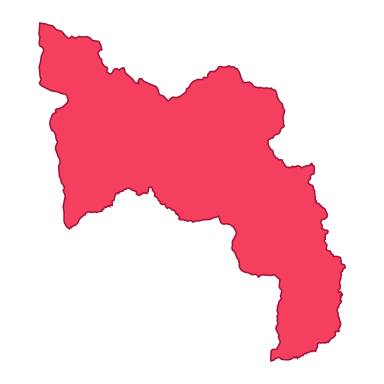 Aguadas, Caldas, Colombia
{"feature_id": "7082276B11413652619505", "entity_name": "Aguadas", "entity_type": "district", "adm_level": 2, "iso_a3": "COL", "parent_name": "Colombia", "parent_adm1": "Caldas", "projection": "mercator", "projection_center": [-75.406, 5.579], "detail": "fine", "context": "isolated", "style": "filled", "palette": "rose", "viewbox_px": 384, "rotation_deg": 0, "n_neighbors": 0, "source": "geoboundaries", "source_scale": "gbopen_adm2", "svg_char_len": 5906}
<svg xmlns="http://www.w3.org/2000/svg" viewBox="0 0 384 384"><path d="M71.7,36.2L69.6,38.1L68.0,38.2L64.1,34.3L61.8,31.3L56.5,29.8L52.7,25.8L48.1,24.9L46.3,24.1L39.7,23.0L39.3,31.5L38.8,33.8L39.9,36.9L39.1,43.8L40.0,46.1L42.1,47.2L43.2,48.7L43.7,50.7L41.3,56.2L40.4,62.6L39.2,66.2L40.1,76.6L41.2,79.5L39.4,83.1L39.9,84.3L41.9,86.0L50.8,90.6L58.2,92.0L61.6,93.7L65.2,94.0L66.7,95.4L68.2,100.3L67.1,102.9L63.2,106.5L60.5,108.1L57.1,108.8L55.4,110.0L55.9,112.2L52.5,114.3L50.3,120.3L49.8,123.4L49.9,125.0L51.6,130.2L53.8,131.3L55.7,135.5L56.0,138.6L57.3,141.5L57.3,142.6L55.6,146.8L55.5,148.9L58.2,156.6L59.6,158.9L60.1,161.2L59.8,164.2L58.8,165.2L58.6,166.6L59.5,177.0L60.8,178.9L61.3,182.6L63.7,185.8L64.3,187.5L64.3,188.4L63.1,190.4L65.3,196.0L63.2,206.5L64.1,212.9L64.0,220.1L64.3,222.6L66.8,227.0L69.3,228.9L70.2,227.9L71.0,227.9L71.3,226.7L71.9,226.9L74.1,225.5L75.4,225.2L77.3,223.5L80.3,218.1L84.3,214.9L85.2,214.8L85.5,213.6L87.1,212.2L88.5,211.9L92.5,212.5L94.3,211.8L96.4,212.5L100.1,211.3L101.4,211.4L102.5,210.5L102.3,209.6L103.4,209.1L105.0,207.0L106.7,207.3L108.0,205.8L109.8,206.7L109.8,205.5L110.5,205.1L112.4,205.4L112.1,201.1L114.0,200.3L115.0,195.9L116.1,193.4L117.2,192.8L118.1,193.7L120.5,191.5L123.1,191.0L124.1,189.5L126.1,189.4L127.0,188.3L128.3,188.2L130.1,188.7L132.7,190.5L135.5,191.1L136.8,193.0L136.3,194.0L139.0,195.6L143.7,192.8L146.9,193.5L148.2,191.7L148.8,187.6L150.0,187.2L151.9,187.9L152.4,188.5L152.5,190.3L154.7,192.9L154.8,196.3L156.3,197.0L158.0,198.9L158.2,200.1L159.8,201.3L160.2,203.0L161.8,204.6L163.1,204.1L165.0,204.2L165.6,206.3L167.2,208.3L167.6,208.3L167.9,207.5L169.3,207.6L172.2,210.0L174.5,210.3L176.3,214.2L177.7,213.7L178.1,214.2L177.9,215.3L179.6,216.8L179.5,217.9L178.7,218.6L179.8,219.6L181.7,219.9L183.0,219.2L184.1,220.2L186.7,220.6L187.5,221.3L188.4,220.8L191.5,220.6L192.7,222.1L196.6,220.8L198.8,221.0L203.4,219.8L210.2,219.4L213.9,217.5L215.6,217.5L218.6,216.1L220.3,221.4L221.4,223.3L222.3,223.9L225.4,224.1L226.2,223.7L230.0,224.5L233.3,226.9L235.7,230.6L236.4,233.8L232.3,241.6L232.5,245.0L231.9,248.0L232.5,250.2L234.7,251.8L237.2,258.3L239.0,260.4L238.7,261.8L239.3,263.1L239.3,266.9L241.2,270.1L244.0,271.9L248.8,272.9L252.2,274.8L255.9,274.2L257.6,275.7L258.4,277.1L261.6,274.8L271.8,275.5L274.1,274.6L279.3,279.0L279.9,279.9L279.2,286.7L279.8,288.2L281.7,290.5L281.5,292.9L280.4,295.8L281.4,298.8L278.9,301.7L278.6,304.1L277.5,306.4L277.2,311.2L278.1,313.8L278.0,315.0L276.9,316.5L277.6,318.4L277.1,320.9L278.1,322.9L277.4,324.9L276.1,326.8L276.0,329.4L278.8,334.7L278.5,337.8L280.0,340.9L280.0,342.8L276.9,348.8L275.4,349.4L272.6,349.4L271.2,350.7L270.7,358.8L271.0,361.0L274.2,360.0L275.3,358.7L277.9,357.5L280.1,357.9L281.3,359.3L285.8,359.8L288.8,359.8L291.9,358.8L293.6,357.0L294.3,357.7L295.9,357.7L296.1,356.9L297.3,357.6L297.5,358.3L298.3,357.3L299.2,357.3L301.4,355.7L303.2,355.4L303.8,354.3L305.0,353.4L306.1,353.8L306.4,352.7L309.1,352.5L309.9,351.2L311.5,350.9L312.0,351.7L314.1,350.6L315.7,351.4L316.1,349.5L317.6,346.8L317.3,345.5L317.8,343.7L318.9,342.8L321.8,343.0L323.2,342.6L325.3,343.1L327.1,342.0L328.2,342.4L331.4,338.5L333.3,337.6L335.5,335.3L335.0,332.7L335.4,331.5L337.8,331.7L339.3,330.9L338.2,330.2L340.4,325.8L340.7,322.5L339.9,321.7L338.9,317.1L337.8,315.2L338.3,313.4L336.9,310.5L337.4,308.4L338.9,307.0L338.6,305.4L341.4,301.8L341.3,300.7L340.1,300.3L341.1,297.2L340.2,296.0L340.6,295.1L341.2,295.7L341.9,295.7L342.5,294.1L341.2,292.9L340.6,291.6L338.6,292.1L338.2,289.9L340.0,288.8L340.3,285.1L339.7,283.7L339.8,281.0L340.8,278.9L340.8,276.2L341.5,275.4L340.9,272.9L342.7,270.9L343.0,268.9L345.2,267.8L345.1,266.3L344.5,265.0L341.4,263.7L340.7,258.0L340.1,257.3L336.1,256.3L333.3,256.7L333.1,254.6L331.5,254.0L330.3,251.0L328.9,251.1L326.1,249.4L327.0,244.9L324.5,241.8L324.2,240.7L325.4,239.0L325.1,234.6L327.6,233.2L328.1,231.1L327.0,230.2L325.0,230.1L322.0,228.5L322.2,225.3L321.1,223.8L320.7,222.3L321.8,219.7L324.6,219.1L326.9,217.3L327.4,215.4L327.2,214.0L324.8,208.8L321.6,206.7L319.3,204.0L315.9,202.5L316.5,201.2L315.1,199.3L315.5,196.9L314.7,194.8L314.8,191.4L313.1,187.8L313.3,186.7L312.5,185.4L310.3,184.7L308.1,182.9L308.7,181.4L308.5,180.3L310.0,179.5L310.7,178.1L310.4,175.8L311.6,174.5L314.0,173.7L314.4,169.7L314.0,165.9L312.3,165.1L312.1,163.7L311.5,163.4L309.5,165.4L305.4,166.1L301.7,167.7L299.0,165.9L296.4,166.0L295.8,166.8L293.8,166.8L292.7,166.3L289.9,167.8L288.7,167.2L287.5,167.5L285.2,165.9L284.7,164.5L283.2,162.8L281.9,159.8L278.6,159.8L277.2,158.2L275.8,157.6L273.4,154.2L272.8,150.7L270.9,149.3L268.6,146.3L268.0,141.5L268.4,139.9L270.7,138.5L272.9,138.1L273.5,136.6L275.0,134.9L278.8,133.7L280.2,131.4L280.6,129.5L281.9,128.0L283.9,126.7L284.2,125.7L283.5,124.0L283.4,120.2L282.8,118.3L284.7,110.5L283.2,108.2L282.4,104.1L279.0,100.8L278.6,99.0L277.3,97.6L276.5,92.6L275.2,90.2L272.4,89.3L271.0,88.0L269.5,88.7L267.5,87.9L264.0,88.2L261.9,88.0L260.9,87.3L258.8,87.8L254.6,86.8L253.3,85.9L251.8,83.6L249.4,82.1L243.7,82.7L241.4,78.6L239.4,72.4L237.2,68.8L235.3,68.3L233.9,66.8L231.3,67.0L229.4,66.0L227.6,66.2L226.4,67.0L223.7,67.2L220.1,66.4L218.6,67.0L217.2,69.2L214.8,71.4L210.1,71.5L207.8,74.6L207.8,76.5L207.0,77.6L205.9,77.9L204.9,77.3L203.6,77.4L203.0,79.0L202.3,79.5L197.4,79.5L192.8,81.7L190.4,84.4L188.9,87.4L186.7,88.9L185.8,92.1L179.5,96.8L175.9,97.6L173.0,97.1L170.5,98.5L169.4,100.1L167.9,100.8L163.5,96.0L159.8,94.8L159.0,93.5L157.9,89.3L156.3,86.7L143.9,81.4L141.6,78.7L139.7,78.7L138.6,79.9L138.0,81.8L138.7,83.6L135.0,82.6L132.8,79.3L125.2,72.7L124.6,69.3L123.8,67.9L122.3,67.9L118.9,70.1L117.2,68.7L114.7,69.0L113.3,70.2L112.9,71.8L111.2,73.9L110.0,74.0L107.2,72.3L106.7,71.4L107.6,68.7L107.2,67.5L104.3,66.1L102.2,63.4L101.5,59.4L99.7,57.6L98.1,53.3L98.1,52.2L99.2,51.4L100.0,49.8L101.6,50.0L101.8,49.3L100.4,44.2L98.9,41.4L92.7,40.6L90.0,37.9L87.1,36.6L82.5,37.1L79.3,36.3L75.5,38.2L71.7,36.2Z" fill="#f43f5e" stroke="#9f1239" stroke-width="1.5"/></svg>